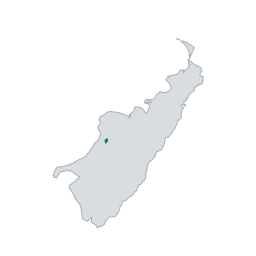 location of Arrecifes, Buenos Aires, Argentina, rotated 207°
{"feature_id": "61730980B34566458401394", "entity_name": "Arrecifes", "entity_type": "district", "adm_level": 2, "iso_a3": "ARG", "parent_name": "Argentina", "parent_adm1": "Buenos Aires", "projection": "equal_earth", "projection_center": [-60.001, -34.007], "detail": "fine", "context": "in_parent", "style": "filled", "palette": "green", "viewbox_px": 256, "rotation_deg": 207, "n_neighbors": 0, "source": "geoboundaries", "source_scale": "gbopen_adm2", "svg_char_len": 4099}
<svg xmlns="http://www.w3.org/2000/svg" viewBox="0 0 256 256"><g transform="rotate(207 128 128)"><path d="M153.8,81.7L152.5,84.4L152.7,86.2L151.5,90.4L151.8,91.2L150.8,93.2L151.2,95.3L150.6,97.4L150.9,100.0L150.5,100.7L149.6,101.0L149.0,104.6L149.7,108.0L149.1,108.7L150.2,111.2L153.8,113.3L155.6,115.5L155.6,116.4L154.7,117.8L154.6,119.0L155.1,120.5L156.0,121.5L157.7,122.1L157.9,124.3L157.6,125.7L154.3,130.7L153.6,132.8L150.6,135.0L142.7,137.6L136.6,138.5L133.1,138.3L130.8,137.3L131.0,140.1L132.2,140.9L131.6,140.9L132.1,141.4L131.8,143.7L131.1,144.1L130.6,146.0L130.6,147.6L131.3,149.0L130.7,150.3L128.0,151.6L124.9,151.9L119.1,149.8L119.3,149.5L119.0,149.3L118.1,149.8L117.7,151.6L118.5,154.4L118.3,156.9L118.7,157.7L120.8,158.6L120.7,159.6L121.4,159.7L122.8,159.5L123.0,158.7L122.2,158.4L124.2,157.8L125.0,158.8L125.1,161.3L124.8,162.0L123.2,162.4L122.8,162.3L121.8,160.6L121.1,160.2L118.8,161.1L118.6,161.7L121.9,162.9L119.5,164.3L117.7,166.6L117.8,170.8L117.3,172.0L116.1,173.1L115.9,173.9L116.3,174.3L116.2,175.1L113.7,174.9L111.9,176.2L110.3,176.6L107.5,181.3L108.0,183.6L111.4,186.8L115.6,187.7L116.2,188.8L116.0,190.1L115.6,190.8L114.1,191.6L115.4,191.6L116.0,192.2L108.8,198.0L108.0,199.6L107.7,203.1L107.1,203.8L105.7,204.4L104.6,203.7L103.8,202.5L103.8,203.5L102.5,203.9L104.2,203.9L105.0,204.7L102.8,206.0L102.2,207.1L102.0,208.7L101.2,209.6L101.8,209.4L102.6,212.4L100.9,212.6L103.1,213.1L105.7,216.6L105.5,216.8L105.5,216.5L98.9,214.9L90.2,214.7L90.2,214.2L88.1,212.4L88.5,211.1L88.0,209.9L88.4,208.9L88.0,207.7L87.2,207.2L84.5,208.0L82.7,204.6L82.7,202.7L82.1,201.5L82.5,200.0L83.9,199.9L84.2,198.3L86.0,197.1L85.9,195.5L86.9,194.6L87.2,193.9L86.0,191.8L86.6,189.6L88.5,188.0L88.2,185.8L89.2,184.8L88.2,181.9L89.2,180.7L88.6,180.0L88.5,178.5L89.6,178.1L90.2,176.4L89.0,175.0L86.9,174.5L86.8,173.7L90.4,173.7L90.8,172.5L90.5,171.8L87.7,171.4L87.7,169.8L88.2,168.7L87.6,167.7L87.8,166.7L87.0,165.2L87.6,164.6L85.7,163.1L85.6,160.6L85.9,160.0L85.6,158.6L87.2,157.4L86.3,154.9L86.2,150.3L85.9,149.1L86.8,147.2L86.2,145.9L86.9,144.9L86.5,142.5L87.3,142.3L87.8,138.2L89.8,136.9L90.2,136.1L88.5,130.8L88.6,128.8L88.2,127.9L88.5,126.7L88.1,125.0L88.7,122.9L90.1,122.1L90.2,121.4L91.7,120.0L91.5,116.6L90.7,114.8L91.5,114.1L91.9,111.5L92.9,108.7L93.9,108.2L93.5,105.0L93.8,102.1L92.5,101.5L92.7,99.5L92.2,99.0L91.9,96.8L90.9,94.8L90.8,94.0L91.3,93.4L90.3,92.7L89.6,90.9L89.7,89.2L89.8,88.1L90.8,87.3L90.6,86.5L91.4,83.0L92.4,82.9L92.9,81.7L92.3,81.0L92.4,79.0L91.8,76.0L92.8,74.5L93.5,69.9L95.8,66.6L97.3,61.5L98.6,61.4L99.9,60.2L98.5,56.8L99.3,54.7L98.3,50.2L98.5,48.5L99.3,47.5L98.4,45.8L98.6,44.4L99.9,42.7L104.4,40.3L106.0,33.2L105.0,32.0L107.4,27.8L109.2,27.1L109.9,25.0L112.3,27.0L116.3,27.1L118.3,27.9L119.7,32.0L121.8,26.5L127.3,26.3L128.4,28.3L130.5,30.5L132.0,33.6L136.6,38.4L142.4,40.7L146.0,43.9L150.2,46.6L152.3,47.2L153.8,49.1L154.2,50.5L153.3,51.6L152.6,53.7L151.4,54.9L151.0,56.2L151.0,57.9L148.9,61.3L148.9,62.5L151.1,62.3L156.4,63.6L159.0,63.6L159.8,64.1L161.2,62.6L163.5,63.2L164.9,60.5L166.4,60.0L168.0,58.1L168.8,55.8L169.2,50.8L170.1,51.1L171.5,50.4L172.9,51.4L173.9,55.6L173.6,59.6L172.9,61.2L171.3,62.1L170.4,63.3L167.9,64.1L166.5,66.3L163.3,68.5L163.5,69.7L162.5,69.6L157.2,77.8L153.8,81.7ZM105.5,230.1L104.8,218.4L106.6,220.7L105.8,220.6L105.6,221.7L107.1,221.9L107.8,223.3L111.0,225.9L115.6,228.4L120.1,229.2L118.9,230.4L114.5,231.0L111.9,230.4L105.5,230.1ZM121.9,230.0L123.2,229.5L125.8,229.4L122.4,230.4L121.9,230.0ZM132.8,139.4L132.8,140.0L132.0,139.1L132.8,139.4Z" fill="#d9dde1" stroke="#a8b0b8" stroke-width="1"/><path d="M140.7,106.8L140.8,106.9L140.9,107.0L141.0,107.1L141.0,107.3L141.0,107.5L140.9,107.7L140.9,107.8L140.9,108.0L141.5,108.4L141.6,108.5L141.7,108.4L141.8,108.4L141.9,108.2L142.0,108.1L142.0,107.9L142.0,107.7L141.9,107.5L141.9,107.4L142.0,107.3L142.1,107.2L142.3,107.2L142.5,107.2L142.7,106.9L142.8,106.9L143.0,106.8L142.9,106.8L142.7,106.6L142.6,106.4L142.2,106.0L142.1,105.9L141.8,105.6L141.7,105.6L141.4,105.5L141.1,105.1L140.9,105.6L140.8,105.9L140.7,106.7L140.7,106.8Z" fill="#22c55e" stroke="#15803d" stroke-width="1.5"/></g></svg>